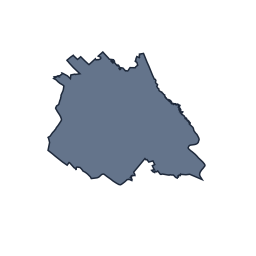 Ostuacán, Chiapas, Mexico, rotated 129°
{"feature_id": "50627088B96249830880430", "entity_name": "Ostuacán", "entity_type": "district", "adm_level": 2, "iso_a3": "MEX", "parent_name": "Mexico", "parent_adm1": "Chiapas", "projection": "equal_earth", "projection_center": [-93.473, 17.447], "detail": "fine", "context": "isolated", "style": "filled", "palette": "slate", "viewbox_px": 256, "rotation_deg": 129, "n_neighbors": 0, "source": "geoboundaries", "source_scale": "gbopen_adm2", "svg_char_len": 5500}
<svg xmlns="http://www.w3.org/2000/svg" viewBox="0 0 256 256"><g transform="rotate(129 128 128)"><path d="M136.3,217.0L136.3,216.8L135.8,214.0L136.1,211.7L136.1,209.0L135.6,205.7L135.7,204.3L138.7,202.5L140.0,201.9L144.6,200.7L145.8,199.8L147.0,199.3L147.7,198.8L149.7,198.2L152.9,196.8L153.9,196.8L155.4,197.2L155.8,197.4L158.1,196.8L158.7,195.7L159.0,194.6L159.4,193.9L161.0,189.0L161.7,187.4L163.0,185.3L164.0,184.6L167.2,184.2L170.3,183.9L172.7,183.9L174.5,183.5L176.0,183.6L176.5,183.5L179.1,183.7L183.4,183.4L185.6,184.2L186.1,183.1L188.6,179.8L195.7,176.1L195.6,170.6L195.7,166.9L195.6,157.4L195.2,151.9L191.9,152.1L191.8,151.0L192.8,144.8L192.7,144.6L192.6,143.9L192.7,143.2L193.2,141.8L192.4,142.6L190.9,143.3L190.1,142.6L189.8,142.1L189.4,141.2L188.9,140.6L189.0,139.4L189.2,138.0L189.4,137.0L189.8,136.0L189.3,133.3L189.2,130.6L189.6,126.6L190.4,124.7L186.4,120.9L185.6,120.3L184.2,119.7L180.7,119.2L179.6,118.5L179.0,117.7L178.9,113.5L178.6,109.0L178.6,106.3L178.2,102.6L177.7,99.7L177.4,99.0L176.7,98.0L175.0,97.4L173.4,97.0L171.6,96.6L168.6,96.2L168.0,95.4L167.3,95.1L166.5,92.2L165.9,92.8L165.6,92.4L164.7,93.9L165.1,94.7L165.1,94.9L165.0,95.1L164.2,95.0L163.7,94.7L163.6,95.1L163.1,95.3L162.0,94.7L162.0,94.1L161.3,93.7L160.6,92.7L159.7,93.6L159.2,95.0L158.7,95.8L141.1,95.6L141.4,94.0L140.6,93.4L141.4,90.4L137.9,87.9L139.6,84.2L142.0,85.4L143.3,82.7L143.8,81.3L146.0,83.0L146.3,81.2L145.8,79.2L144.6,79.6L144.0,78.1L142.7,77.8L143.6,73.7L142.9,72.8L142.1,72.3L139.2,67.1L138.9,66.7L138.3,66.0L137.7,65.8L137.4,65.0L136.0,63.1L136.1,61.7L136.3,61.0L136.3,60.3L136.3,59.3L135.9,58.2L135.4,58.5L134.8,58.1L134.0,58.0L133.8,59.0L133.5,59.0L132.9,58.7L132.5,58.7L132.2,58.2L131.1,58.2L131.5,57.6L130.7,57.7L127.9,53.6L125.1,50.9L121.4,37.9L120.3,41.2L119.6,42.6L118.8,43.3L117.6,43.9L116.5,44.2L114.1,44.4L111.9,44.3L109.1,44.4L108.6,44.7L108.1,45.4L107.9,46.0L107.4,48.2L107.2,50.4L106.9,54.6L106.5,56.7L106.2,59.1L106.1,63.0L106.2,65.1L106.0,67.9L105.7,68.6L105.4,68.9L103.9,69.3L102.6,69.1L101.9,68.6L99.0,65.9L98.1,65.2L97.3,64.8L96.3,64.4L95.8,64.4L95.1,64.4L94.6,64.5L93.8,64.9L92.5,65.3L92.0,65.7L91.7,66.1L91.3,66.6L90.7,67.9L89.8,70.0L89.6,70.7L89.4,72.5L89.1,73.5L88.5,75.4L87.7,76.2L87.0,77.3L86.7,78.0L86.3,82.8L86.0,82.9L85.3,82.7L85.1,82.7L84.9,82.9L84.8,83.1L84.8,83.3L85.4,83.3L85.6,83.3L85.6,83.5L85.2,84.4L84.9,84.6L84.4,84.8L84.4,85.0L84.8,85.5L84.9,86.1L85.0,86.4L84.9,86.5L84.7,86.4L84.6,85.7L84.4,85.6L84.3,86.3L84.5,87.4L84.6,87.7L84.6,87.9L84.1,88.1L83.7,88.5L83.7,88.9L83.8,88.9L84.2,88.8L84.3,89.1L84.7,89.4L84.7,89.5L84.3,89.5L84.2,89.5L84.0,89.8L83.7,91.0L83.3,92.0L83.3,92.3L83.4,92.8L83.3,94.1L83.6,94.5L83.2,96.1L83.2,96.6L82.7,96.5L82.4,96.6L82.2,96.5L82.2,96.3L82.2,96.2L82.7,95.9L82.9,95.6L82.3,95.7L81.9,95.5L81.6,95.7L81.0,95.5L80.9,95.6L81.0,95.7L81.7,96.4L82.0,97.3L82.4,97.8L82.0,97.8L81.9,97.9L81.9,98.4L82.1,99.0L81.7,99.2L81.7,99.7L81.5,100.0L81.2,99.8L80.9,99.2L81.1,98.3L81.0,98.2L80.5,98.6L80.1,99.6L80.0,100.0L80.8,100.1L80.4,101.1L80.3,101.8L80.2,102.0L79.9,101.9L79.0,101.4L78.5,101.9L78.2,102.0L77.9,101.9L77.7,101.9L77.7,102.1L78.1,102.5L78.0,102.8L78.1,103.3L78.6,103.2L78.1,104.0L78.1,104.4L78.4,104.6L78.8,104.6L79.4,104.8L79.4,105.0L79.2,105.3L79.1,105.9L79.2,106.3L79.4,106.4L79.9,106.2L79.9,106.3L79.5,106.7L79.6,106.9L79.9,107.1L80.1,107.4L80.4,107.6L80.9,107.5L80.9,107.8L80.5,108.2L80.5,108.5L80.6,108.8L80.9,109.0L81.0,108.4L81.6,109.1L81.6,109.7L81.6,110.0L81.0,110.7L80.7,110.3L80.3,110.7L80.3,111.2L81.0,111.4L81.1,111.6L81.1,111.8L80.9,111.8L80.2,111.5L79.9,112.0L80.1,113.6L80.3,113.8L80.4,113.6L80.6,113.0L80.8,113.0L80.7,114.1L80.7,114.3L80.9,114.2L81.2,113.8L81.2,114.3L81.1,114.5L80.8,114.5L80.6,114.7L80.6,114.9L81.1,115.8L81.1,116.2L80.9,116.8L80.9,117.3L80.6,117.4L80.7,117.8L80.7,118.2L80.7,118.5L80.3,118.7L80.1,119.4L79.2,120.4L79.5,121.0L79.1,122.8L79.2,123.4L78.9,124.0L79.1,124.3L78.9,124.6L79.2,125.3L79.2,125.6L79.3,125.7L79.3,126.0L79.4,127.1L79.1,127.9L78.3,128.5L78.2,129.1L78.3,129.9L77.9,130.9L77.6,131.4L77.6,131.8L77.3,131.9L76.1,132.1L75.7,132.3L75.6,133.2L75.7,133.8L75.5,134.8L75.2,135.2L75.0,135.6L74.6,135.8L73.8,136.0L73.3,136.7L73.1,137.2L73.1,137.7L73.5,138.2L71.7,141.9L66.9,150.6L65.0,154.4L61.1,161.4L60.3,162.9L63.4,165.6L64.0,165.0L64.4,165.0L64.5,164.5L64.6,164.4L65.7,164.2L65.8,164.1L66.1,162.9L66.9,166.1L68.9,165.5L70.6,164.6L71.2,164.0L71.5,165.1L71.6,163.4L71.4,162.4L73.1,160.0L75.8,160.5L76.6,160.3L79.8,164.4L83.1,164.1L83.8,164.1L84.3,164.7L84.8,165.8L85.2,166.0L84.6,169.6L85.7,171.6L87.0,170.8L87.5,170.9L87.8,171.3L87.3,172.5L86.3,172.5L85.3,174.5L85.3,175.4L86.1,175.1L86.4,175.9L85.6,179.7L86.4,180.5L87.0,180.7L86.6,183.4L85.7,183.3L86.3,180.9L84.8,180.4L84.6,180.5L84.1,182.3L86.3,185.8L86.0,187.2L84.8,195.4L90.9,196.4L90.2,193.8L91.2,192.9L92.4,193.2L92.9,193.6L93.4,193.8L93.9,194.6L94.3,194.8L94.6,195.2L95.2,195.7L95.1,196.2L94.7,196.9L103.3,198.2L103.3,199.2L103.0,203.6L102.4,209.6L104.2,209.9L106.5,210.4L106.1,215.6L105.9,216.3L109.1,217.2L111.7,217.7L113.6,218.1L113.9,218.0L114.1,216.2L114.5,214.5L115.4,208.5L116.1,199.5L119.5,202.6L119.5,203.1L122.7,205.8L123.8,205.2L124.3,204.8L125.9,203.8L125.6,207.9L126.6,213.2L126.8,213.7L127.1,213.0L127.4,213.3L128.2,213.5L128.7,213.4L129.1,213.7L130.1,213.7L130.3,214.0L131.8,215.4L132.0,215.1L132.0,214.7L132.4,215.4L133.1,216.0L133.7,215.8L134.3,216.1L133.9,216.7L134.0,217.0L134.4,217.2L134.7,217.5L134.8,217.0L135.1,217.0L135.3,216.6L136.3,217.0Z" fill="#64748b" stroke="#1e293b" stroke-width="1.5"/></g></svg>